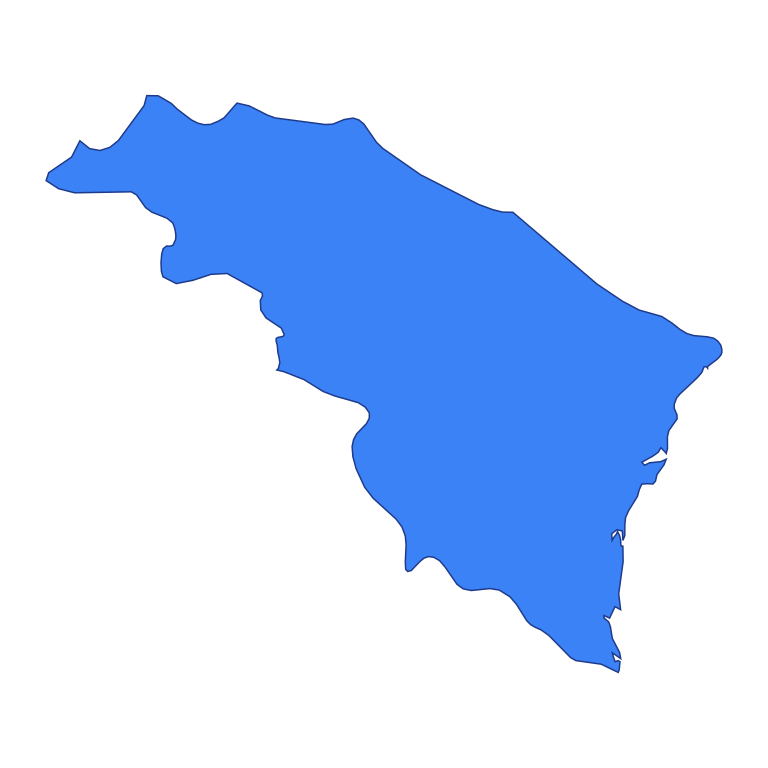 outline of Thanh Hóa
{"feature_id": "VNM-456", "entity_name": "Thanh Hóa", "entity_type": "Province", "adm_level": 1, "iso_a3": "VNM", "parent_name": "Vietnam", "parent_adm1": "", "projection": "albers", "projection_center": [105.367, 19.958], "detail": "fine", "context": "isolated", "style": "filled", "palette": "blue", "viewbox_px": 768, "rotation_deg": 0, "n_neighbors": 0, "source": "natural_earth", "source_scale": "10m", "svg_char_len": 2640}
<svg xmlns="http://www.w3.org/2000/svg" viewBox="0 0 768 768"><path d="M99.9,150.5L109.8,147.4L118.4,140.5L144.1,105.6L146.8,95.6L158.2,95.8L171.4,103.5L177.4,109.3L191.5,120.0L197.9,123.2L204.1,124.7L210.6,124.4L218.1,121.3L224.0,117.9L237.0,103.1L249.2,105.9L267.2,115.0L274.9,117.9L325.1,124.5L332.7,124.2L344.3,119.5L353.2,118.1L358.8,119.9L363.8,124.0L376.5,142.3L382.9,148.5L420.6,174.8L478.5,204.4L492.6,209.6L502.5,212.1L512.9,212.3L596.9,284.0L622.4,301.2L639.2,310.1L661.8,316.5L672.0,323.1L679.8,329.3L687.0,333.6L693.8,335.6L707.3,336.8L713.7,338.2L717.7,341.0L720.7,345.0L721.8,349.1L721.9,352.2L721.1,354.7L719.5,356.8L717.4,359.0L707.7,366.4L707.6,368.1L706.7,366.8L704.0,366.8L701.9,372.3L697.4,377.6L680.1,393.8L676.6,397.9L674.2,404.3L674.2,408.3L677.0,414.9L677.1,418.9L668.9,430.5L667.4,436.7L667.5,448.5L666.2,453.5L665.0,451.9L660.8,447.7L658.3,452.2L652.7,456.2L641.9,462.2L644.4,465.3L649.6,462.8L660.9,461.6L666.2,459.2L664.0,464.8L657.0,474.5L655.5,481.1L653.0,484.0L647.4,483.7L641.8,484.1L639.3,489.6L637.4,496.5L628.6,510.7L625.6,517.4L624.9,524.0L624.8,535.6L622.9,540.4L622.3,531.0L616.9,529.7L611.7,533.7L612.1,540.4L613.7,537.5L616.5,534.0L617.5,531.5L619.5,535.4L620.6,539.5L620.8,544.0L621.2,546.0L622.9,546.2L623.1,561.8L618.7,593.8L620.6,609.7L615.0,606.6L609.6,618.1L604.1,615.5L604.1,618.1L608.6,621.8L610.4,626.6L612.3,638.4L619.6,652.5L620.7,658.6L612.4,652.8L613.4,656.9L615.1,661.7L618.0,660.6L620.0,661.7L619.2,669.9L618.2,672.4L601.2,664.2L575.9,660.6L570.7,657.7L548.9,635.5L540.9,629.8L535.2,627.3L530.7,624.7L526.8,620.8L516.6,604.5L510.0,596.8L499.1,590.0L489.9,588.6L471.1,590.5L463.1,588.8L457.0,584.3L445.0,566.9L439.5,560.6L433.8,557.3L428.4,556.6L423.9,558.2L419.9,561.5L411.3,570.5L407.8,571.5L405.7,569.4L405.3,562.0L406.1,544.7L405.3,535.9L402.0,527.0L396.1,519.1L373.4,498.5L364.7,487.3L356.2,468.9L352.9,456.7L352.1,446.5L353.6,439.5L356.7,433.8L366.5,423.6L369.3,418.2L369.3,412.8L365.2,407.1L358.3,402.7L334.9,396.0L323.2,391.5L304.0,379.6L283.6,371.6L276.8,370.0L278.3,368.6L279.8,362.8L279.1,357.7L277.9,352.6L277.2,344.8L276.1,341.1L276.2,338.5L277.6,337.5L283.0,336.4L284.3,334.7L281.3,328.1L266.1,318.0L260.8,310.0L260.3,300.5L262.5,296.0L262.1,292.9L227.1,273.5L211.1,274.3L193.2,280.2L176.3,283.6L163.0,276.8L161.4,271.3L161.0,262.7L161.7,254.1L163.2,248.6L166.6,246.0L169.8,246.2L172.9,245.3L175.6,239.6L175.9,235.9L175.3,230.9L174.1,226.1L172.6,222.8L166.9,218.2L151.9,212.2L145.6,207.6L136.6,194.9L131.2,191.8L74.6,192.8L58.6,188.7L46.1,180.6L48.7,172.7L71.4,157.2L71.5,157.2L79.9,140.8L89.6,148.6L99.9,150.5Z" fill="#3b82f6" stroke="#1e3a8a" stroke-width="1.5"/></svg>